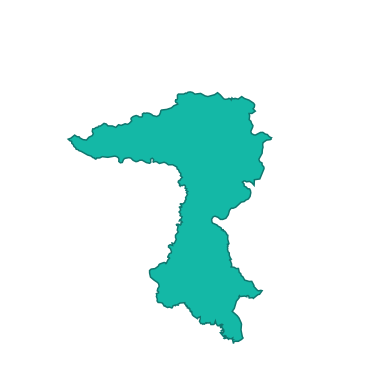 San Jacinto Del Cauca, Bolívar, Colombia (Albers equal-area conic projection), rotated 128°
{"feature_id": "7082276B25893403851567", "entity_name": "San Jacinto Del Cauca", "entity_type": "district", "adm_level": 2, "iso_a3": "COL", "parent_name": "Colombia", "parent_adm1": "Bolívar", "projection": "albers", "projection_center": [-74.643, 8.23], "detail": "fine", "context": "isolated", "style": "filled", "palette": "teal", "viewbox_px": 384, "rotation_deg": 128, "n_neighbors": 0, "source": "geoboundaries", "source_scale": "gbopen_adm2", "svg_char_len": 6053}
<svg xmlns="http://www.w3.org/2000/svg" viewBox="0 0 384 384"><g transform="rotate(128 192 192)"><path d="M275.6,61.9L275.0,63.3L270.5,68.5L265.7,71.6L264.9,72.7L262.4,77.4L261.7,80.2L261.3,86.8L257.7,87.0L250.7,89.8L246.3,89.7L245.5,90.7L244.5,90.8L244.8,89.7L241.6,86.5L240.8,84.3L239.8,84.8L239.1,84.1L239.1,83.2L240.3,81.7L237.9,79.2L238.1,78.2L232.4,76.9L231.0,75.8L226.6,76.0L227.1,77.2L228.9,78.7L229.2,79.8L228.3,85.3L227.5,85.6L225.6,89.9L227.3,91.9L229.0,96.3L227.5,99.7L227.6,101.7L226.3,103.4L226.3,105.2L223.7,108.3L225.2,110.2L225.3,112.2L226.9,115.1L225.7,115.3L224.0,116.9L223.4,118.3L222.5,119.1L222.4,120.5L221.7,120.6L220.8,119.8L220.2,121.6L218.9,123.7L217.1,125.1L216.9,126.7L215.3,128.8L214.7,128.9L213.3,130.4L212.5,130.3L211.5,131.8L210.8,131.1L210.4,131.5L209.9,131.2L207.2,134.9L204.0,137.1L204.2,138.5L203.5,139.2L202.8,141.8L202.8,142.6L203.4,143.3L202.5,144.2L203.6,145.5L203.0,145.9L202.3,147.2L202.9,150.4L202.6,151.9L203.8,156.7L203.2,158.0L201.3,159.8L198.4,160.0L196.9,159.0L195.9,155.9L196.1,152.8L194.7,150.9L191.8,149.1L187.6,149.4L183.6,151.1L181.4,151.2L180.4,150.9L179.6,149.7L177.1,148.2L169.7,147.0L167.4,145.0L165.2,144.6L162.8,143.3L159.8,143.5L156.4,145.2L154.9,146.8L154.1,148.5L155.2,150.3L154.7,152.1L155.2,154.5L153.6,156.0L153.2,158.4L151.5,157.9L150.7,157.1L150.5,155.4L148.2,153.1L147.9,150.4L148.5,147.2L143.9,150.4L140.0,146.6L129.3,149.6L128.1,150.7L127.5,153.4L126.0,154.7L126.4,157.3L125.0,159.5L118.3,160.6L115.2,162.7L113.0,163.6L111.3,165.4L109.3,166.4L105.2,165.2L102.5,162.5L101.5,162.2L100.9,163.1L100.4,162.9L100.9,165.2L100.3,168.0L101.2,169.8L101.4,172.9L102.9,174.7L108.1,177.1L108.9,178.5L109.3,181.2L108.0,183.0L103.3,184.2L102.1,184.9L101.3,187.3L100.0,189.1L99.8,191.5L96.6,193.4L95.0,195.4L93.2,193.1L89.3,191.9L88.9,195.1L87.0,195.1L85.7,195.7L84.6,196.5L84.1,198.3L84.5,203.7L86.0,208.1L86.2,211.6L90.4,212.8L91.7,215.8L92.3,215.7L93.4,217.4L93.3,218.4L94.4,217.9L94.7,218.6L95.3,218.1L95.1,219.8L95.7,220.8L96.7,221.0L98.7,223.1L99.0,224.5L98.1,229.5L98.0,233.0L101.4,234.1L107.0,238.2L108.2,240.8L109.0,245.9L113.1,250.0L113.2,252.8L114.2,255.0L115.9,256.6L117.8,257.1L118.0,257.9L119.9,258.8L123.2,263.0L124.7,263.1L127.4,260.9L128.6,260.7L129.3,261.6L130.6,261.1L131.3,259.9L131.0,258.2L131.6,257.3L135.1,259.4L138.3,260.0L142.4,262.7L146.2,266.5L147.1,266.6L149.2,265.6L151.6,265.1L154.2,266.2L155.9,270.0L155.7,271.4L156.3,274.1L157.5,276.2L159.0,277.5L159.3,278.5L161.1,279.1L162.6,277.8L163.8,277.7L165.5,280.0L165.3,280.8L166.1,283.1L168.7,284.8L171.0,285.4L172.0,285.1L173.1,283.3L176.8,283.7L178.5,284.6L179.4,286.7L183.1,288.8L184.2,291.3L188.0,291.8L189.0,295.4L191.7,299.0L191.2,301.4L192.1,303.6L196.3,304.7L197.7,306.2L199.2,306.0L200.0,307.2L202.5,308.0L203.4,309.1L205.6,308.0L206.8,305.7L208.2,305.4L209.2,305.4L212.4,307.0L216.0,307.1L217.8,310.1L218.4,313.5L218.0,314.8L219.2,316.7L219.4,319.5L224.2,320.6L226.6,322.1L226.8,319.8L226.2,318.0L227.6,316.7L227.7,314.8L228.8,313.0L228.7,311.1L229.6,309.6L228.8,308.0L229.0,306.5L228.2,304.4L227.1,297.0L225.8,293.7L225.9,291.2L225.2,289.8L225.6,289.4L225.3,288.0L223.9,288.0L221.8,285.6L219.4,284.5L216.5,279.7L211.2,274.9L210.4,272.9L210.4,270.9L211.2,269.7L213.0,268.5L213.1,266.4L211.6,265.1L208.5,266.0L206.7,265.5L203.8,262.9L202.9,261.0L203.3,257.9L202.6,254.8L201.2,253.6L199.2,252.8L197.6,250.9L196.9,246.0L195.4,243.0L193.9,242.8L191.7,244.8L189.9,244.2L190.0,242.3L192.1,241.3L192.3,240.8L190.8,239.9L189.9,238.5L189.6,235.3L185.7,232.3L185.1,230.1L185.1,227.3L182.4,224.1L181.6,219.4L183.0,217.8L182.7,216.5L184.2,213.9L184.2,212.4L185.7,211.1L186.3,211.2L186.4,208.7L189.1,208.9L190.2,208.6L190.8,209.2L191.9,209.4L192.9,208.8L193.2,206.7L194.4,206.1L194.7,204.9L193.8,205.0L193.0,203.6L191.8,203.0L191.2,202.3L191.2,201.3L191.7,200.5L193.3,199.7L192.7,198.2L194.5,197.8L194.2,195.7L195.9,196.0L196.7,194.0L200.4,193.6L201.4,192.1L202.9,192.2L204.4,191.4L207.1,191.9L208.2,193.7L208.7,193.8L209.1,191.9L210.1,190.8L210.8,191.1L210.9,192.3L211.7,192.6L212.1,191.2L213.4,189.7L215.7,189.9L216.2,187.5L218.0,186.9L217.6,184.7L219.8,183.9L221.3,184.5L222.6,184.2L221.4,182.6L221.7,181.1L223.3,181.7L224.0,180.8L225.1,180.7L225.7,182.8L226.6,184.0L227.3,184.2L227.7,183.6L227.3,182.0L231.1,180.2L232.0,178.2L236.2,178.4L238.0,177.0L238.9,175.3L243.3,174.3L243.8,174.5L244.5,176.3L246.1,174.4L247.0,176.8L248.7,177.4L249.9,176.6L249.9,174.2L251.6,171.5L252.7,170.9L254.5,171.8L258.0,171.2L258.3,170.9L257.7,169.5L257.9,169.0L260.3,169.2L264.2,168.3L264.6,168.7L264.2,169.5L264.7,170.6L268.4,173.0L269.4,173.3L271.3,172.9L275.1,174.0L277.9,176.7L280.0,177.1L282.0,175.5L284.6,172.3L284.8,167.9L284.5,163.3L284.9,161.8L285.8,160.6L286.7,159.7L289.2,159.5L291.3,158.5L291.2,157.1L292.1,156.3L294.0,157.5L294.9,156.3L296.3,155.7L297.7,153.4L299.3,152.5L299.9,150.7L298.2,148.2L297.8,146.8L299.0,143.6L298.3,143.0L298.5,142.1L298.0,140.0L296.7,139.2L295.8,136.5L295.2,136.3L293.7,136.9L292.1,136.2L291.8,135.1L290.9,135.2L289.7,133.4L289.4,134.0L286.8,133.0L283.7,129.6L284.6,129.0L284.6,127.8L285.2,126.9L284.9,126.4L285.4,126.0L285.0,125.4L286.0,124.5L285.6,124.2L285.9,123.6L285.3,123.0L285.8,122.6L285.4,121.9L286.8,120.3L286.5,119.1L287.1,119.3L287.0,118.1L288.5,116.2L288.8,114.5L288.4,109.6L287.3,109.9L285.2,108.7L287.2,107.2L289.2,106.6L290.2,104.1L289.5,103.1L289.5,102.0L288.7,101.8L288.4,100.8L286.4,100.6L286.0,100.0L286.3,99.6L285.3,99.0L284.9,98.1L283.8,97.5L284.8,95.5L283.0,93.3L281.4,93.1L281.3,93.5L279.3,94.1L280.6,92.5L281.6,89.7L281.3,88.9L279.0,87.8L280.3,87.3L281.2,85.9L280.8,85.4L279.6,87.0L278.8,87.2L277.7,86.7L277.7,86.1L279.0,86.6L280.3,84.8L281.2,82.0L281.7,82.3L282.0,83.2L283.0,83.4L282.2,81.6L282.4,80.9L284.3,80.8L284.4,82.6L285.4,83.1L286.4,78.8L286.3,78.1L284.8,77.7L284.6,76.4L285.1,76.0L285.2,76.4L286.4,76.2L286.2,76.7L287.6,76.8L287.5,76.2L285.1,74.4L285.5,74.3L285.5,72.4L284.5,72.5L283.7,70.8L282.0,70.1L283.1,69.6L283.0,69.0L283.3,69.3L285.9,66.0L284.2,66.8L283.0,66.0L281.2,63.6L277.7,62.2L275.6,61.9Z" fill="#14b8a6" stroke="#0f766e" stroke-width="1.5"/></g></svg>